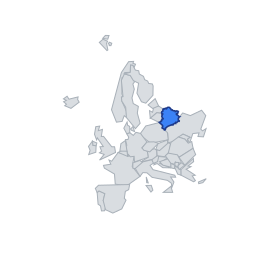 Belarus on a map of Europe (orthographic projection), rotated 324°
{"feature_id": "BLR", "entity_name": "Belarus", "entity_type": "country or territory", "adm_level": 0, "iso_a3": "BLR", "parent_name": "Europe", "parent_adm1": "", "projection": "orthographic", "projection_center": [28.129, 53.705], "detail": "fine", "context": "in_parent", "style": "filled", "palette": "blue", "viewbox_px": 256, "rotation_deg": 324, "n_neighbors": 37, "source": "natural_earth", "source_scale": "50m", "svg_char_len": 10491}
<svg xmlns="http://www.w3.org/2000/svg" viewBox="0 0 256 256"><g transform="rotate(324 128 128)"><path d="M155.1,41.9L159.9,41.5L162.5,45.8L160.4,46.9L157.6,53.0L156.5,53.0L155.1,41.9ZM171.6,80.8L168.2,82.8L168.7,80.1L167.0,78.6L162.6,84.3L157.9,81.2L155.5,84.6L152.9,83.7L143.1,96.8L142.4,99.7L140.8,99.2L138.8,102.6L136.5,114.2L132.9,118.5L132.2,115.8L127.1,119.2L122.1,116.5L125.4,103.5L155.3,79.2L167.5,74.7L171.7,77.4L170.0,78.5L171.6,80.8ZM167.0,42.0L163.8,44.3L160.3,40.6L164.1,39.8L167.0,42.0ZM164.7,49.9L162.6,51.3L161.2,50.3L161.9,49.4L161.6,48.2L163.3,47.6L164.7,49.9Z" fill="#d9dde1" stroke="#a8b0b8" stroke-width="1"/><path d="M105.7,142.0L116.3,154.5L108.8,161.6L109.3,174.2L92.9,174.0L84.7,165.9L90.0,157.3L85.3,146.6L86.2,143.8L92.8,147.2L93.8,142.8L95.3,145.3L105.7,142.0ZM111.0,183.2L114.0,178.3L112.1,184.3L111.0,183.2Z" fill="#d9dde1" stroke="#a8b0b8" stroke-width="1"/><path d="M132.9,118.5L138.3,109.9L138.8,102.6L140.8,99.2L142.4,99.7L150.7,85.5L156.9,82.1L160.7,86.9L160.7,94.4L157.8,95.3L155.9,100.3L148.9,106.0L146.6,111.3L149.1,116.6L144.3,121.4L140.6,131.3L133.6,132.9L132.9,118.5Z" fill="#d9dde1" stroke="#a8b0b8" stroke-width="1"/><path d="M186.6,174.1L190.8,174.4L183.8,179.5L179.6,176.0L182.6,173.7L177.2,170.6L169.0,176.4L169.5,171.9L172.7,171.9L168.9,165.3L158.8,166.6L151.6,163.4L156.9,155.9L156.1,151.2L158.7,150.1L173.5,152.5L174.3,149.6L181.1,148.0L185.7,154.6L198.0,156.9L198.2,163.7L186.2,171.7L186.6,174.1Z" fill="#d9dde1" stroke="#a8b0b8" stroke-width="1"/><path d="M156.6,142.0L157.1,146.9L155.6,147.6L157.2,154.8L153.6,161.2L137.4,153.6L134.2,142.7L134.9,139.7L143.6,136.8L156.6,142.0Z" fill="#d9dde1" stroke="#a8b0b8" stroke-width="1"/><path d="M138.1,163.0L134.7,168.2L130.9,168.5L117.9,162.8L127.1,163.5L129.9,158.4L137.2,160.2L138.1,163.0Z" fill="#d9dde1" stroke="#a8b0b8" stroke-width="1"/><path d="M151.6,163.4L153.1,165.7L148.0,171.5L140.8,172.8L135.3,167.6L138.1,163.0L151.6,163.4Z" fill="#d9dde1" stroke="#a8b0b8" stroke-width="1"/><path d="M163.5,164.9L168.9,165.3L172.7,171.9L169.5,171.9L167.8,175.7L167.5,170.5L163.5,164.9Z" fill="#d9dde1" stroke="#a8b0b8" stroke-width="1"/><path d="M167.8,175.7L171.6,176.4L168.7,182.7L152.7,181.7L145.8,172.0L154.3,164.9L163.5,164.9L167.5,170.5L167.8,175.7Z" fill="#d9dde1" stroke="#a8b0b8" stroke-width="1"/><path d="M163.8,135.5L161.5,140.7L156.6,142.0L151.8,133.1L160.3,132.4L163.8,135.5Z" fill="#d9dde1" stroke="#a8b0b8" stroke-width="1"/><path d="M165.7,128.2L167.6,133.3L163.8,135.5L160.3,132.4L151.8,133.1L155.6,126.6L157.1,129.7L161.3,126.1L165.7,128.2Z" fill="#d9dde1" stroke="#a8b0b8" stroke-width="1"/><path d="M167.2,120.2L165.7,128.2L159.4,126.7L157.8,121.1L167.2,120.2Z" fill="#d9dde1" stroke="#a8b0b8" stroke-width="1"/><path d="M134.9,139.7L135.1,150.5L127.6,152.3L129.9,158.4L127.1,163.5L113.3,159.3L116.3,154.5L113.0,152.7L112.6,148.7L114.5,142.1L116.9,141.3L119.1,135.9L121.2,137.3L123.2,135.8L123.6,132.0L126.7,132.8L127.9,137.1L131.9,136.2L134.9,139.7Z" fill="#d9dde1" stroke="#a8b0b8" stroke-width="1"/><path d="M151.9,180.0L152.7,181.7L168.7,182.7L167.1,189.3L152.1,191.4L151.9,180.0Z" fill="#d9dde1" stroke="#a8b0b8" stroke-width="1"/><path d="M161.5,215.0L156.4,216.2L152.5,214.6L153.2,213.1L161.5,215.0ZM146.2,192.8L163.0,191.0L161.3,193.8L154.2,194.0L156.2,196.3L150.8,195.5L154.6,205.7L151.8,204.5L151.6,210.2L149.5,210.1L143.1,197.2L146.2,192.8Z" fill="#d9dde1" stroke="#a8b0b8" stroke-width="1"/><path d="M146.2,192.8L143.1,197.2L141.1,194.5L143.1,185.2L146.2,192.8Z" fill="#d9dde1" stroke="#a8b0b8" stroke-width="1"/><path d="M136.1,169.1L143.1,175.2L132.9,175.3L139.3,185.5L132.8,180.5L130.7,173.9L127.3,173.0L136.1,169.1Z" fill="#d9dde1" stroke="#a8b0b8" stroke-width="1"/><path d="M118.6,161.2L119.6,165.7L110.9,166.2L108.3,163.3L111.4,159.1L118.6,161.2Z" fill="#d9dde1" stroke="#a8b0b8" stroke-width="1"/><path d="M111.9,148.7L112.2,151.3L111.0,150.7L111.9,148.7Z" fill="#d9dde1" stroke="#a8b0b8" stroke-width="1"/><path d="M113.6,146.2L111.0,150.7L105.7,142.0L111.7,142.8L113.6,146.2Z" fill="#d9dde1" stroke="#a8b0b8" stroke-width="1"/><path d="M118.4,136.6L113.6,146.2L107.8,141.9L113.1,136.5L118.4,136.6Z" fill="#d9dde1" stroke="#a8b0b8" stroke-width="1"/><path d="M65.1,162.1L67.5,161.8L70.7,167.5L65.3,172.1L64.3,178.1L60.4,181.2L57.8,179.5L60.0,174.8L59.0,172.1L65.1,162.1Z" fill="#d9dde1" stroke="#a8b0b8" stroke-width="1"/><path d="M61.8,180.9L65.3,172.1L70.7,167.5L67.5,161.8L65.1,162.1L66.1,157.6L70.5,157.0L96.1,174.7L92.3,178.3L88.6,177.7L83.7,182.7L84.0,185.2L75.4,189.8L65.7,187.9L61.8,180.9Z" fill="#d9dde1" stroke="#a8b0b8" stroke-width="1"/><path d="M91.8,123.6L87.7,128.7L80.6,126.4L84.2,123.8L85.2,119.7L91.5,117.7L89.5,121.5L91.8,123.6Z" fill="#d9dde1" stroke="#a8b0b8" stroke-width="1"/><path d="M120.2,164.2L128.7,167.7L128.4,171.4L123.9,171.2L123.7,176.4L138.1,193.7L137.6,195.8L133.7,192.7L133.4,198.7L128.8,201.7L130.6,198.0L129.1,193.5L118.5,182.1L117.0,175.4L113.8,172.8L109.3,174.2L110.1,165.0L120.2,164.2ZM118.7,200.8L128.4,200.4L126.3,206.3L118.7,200.8ZM108.8,185.1L113.1,188.1L111.6,192.9L108.9,193.3L108.8,185.1Z" fill="#d9dde1" stroke="#a8b0b8" stroke-width="1"/><path d="M126.7,132.8L123.6,132.0L124.5,125.7L130.8,122.6L129.3,125.6L130.3,127.7L126.7,132.8ZM133.0,129.7L131.2,134.7L129.5,131.9L129.6,130.3L133.0,129.7Z" fill="#d9dde1" stroke="#a8b0b8" stroke-width="1"/><path d="M91.8,123.6L89.5,121.5L91.5,117.7L94.0,121.8L91.8,123.6ZM97.1,128.5L97.4,118.0L95.6,119.2L97.2,113.4L102.7,108.0L106.2,109.8L102.4,112.7L106.5,114.1L101.4,119.2L103.3,120.4L103.8,133.6L106.1,135.3L103.5,140.5L86.1,137.2L93.2,135.3L90.3,131.3L93.0,131.3L94.3,126.7L97.1,128.5Z" fill="#d9dde1" stroke="#a8b0b8" stroke-width="1"/><path d="M105.9,73.5L104.0,75.3L103.7,78.4L93.4,78.6L89.9,72.8L92.2,72.6L91.3,68.9L94.4,69.4L92.9,66.5L97.4,66.5L97.2,70.0L105.9,73.5Z" fill="#d9dde1" stroke="#a8b0b8" stroke-width="1"/><path d="M128.7,167.7L135.3,167.6L136.1,169.1L132.1,172.6L127.8,171.6L128.7,167.7Z" fill="#d9dde1" stroke="#a8b0b8" stroke-width="1"/><path d="M168.7,80.1L168.0,85.5L170.3,88.0L168.9,91.0L170.9,95.3L169.9,98.7L171.5,101.6L170.9,104.1L173.6,106.7L173.0,108.8L167.4,116.2L157.0,118.4L154.3,114.7L155.7,105.1L162.9,98.0L160.2,92.9L160.7,86.9L156.9,82.1L162.6,84.3L167.0,78.6L168.7,80.1Z" fill="#d9dde1" stroke="#a8b0b8" stroke-width="1"/><path d="M153.0,160.9L151.0,163.8L140.2,164.8L138.0,161.6L142.9,158.2L153.0,160.9Z" fill="#d9dde1" stroke="#a8b0b8" stroke-width="1"/><path d="M135.1,150.5L140.8,154.4L143.7,158.3L131.6,160.1L127.7,155.3L127.6,152.3L135.1,150.5Z" fill="#d9dde1" stroke="#a8b0b8" stroke-width="1"/><path d="M139.7,184.9L134.4,178.6L133.7,173.8L142.9,176.6L142.6,181.7L139.7,184.9Z" fill="#d9dde1" stroke="#a8b0b8" stroke-width="1"/><path d="M150.6,187.4L152.1,191.4L145.0,191.7L145.8,188.0L150.6,187.4Z" fill="#d9dde1" stroke="#a8b0b8" stroke-width="1"/><path d="M141.9,172.4L145.8,172.0L152.2,178.7L151.1,186.9L148.3,187.5L146.4,183.3L144.6,184.9L141.9,181.8L141.9,172.4Z" fill="#d9dde1" stroke="#a8b0b8" stroke-width="1"/><path d="M144.0,185.7L141.7,188.2L139.3,185.5L141.9,181.8L144.0,185.7Z" fill="#d9dde1" stroke="#a8b0b8" stroke-width="1"/><path d="M145.2,188.7L144.0,185.7L145.9,183.5L149.0,185.9L145.2,188.7Z" fill="#d9dde1" stroke="#a8b0b8" stroke-width="1"/><path d="M176.4,149.3L175.9,149.3L175.3,149.3L175.0,149.6L174.9,149.5L174.7,149.5L174.1,150.0L173.9,150.2L173.7,150.5L173.5,151.0L173.4,151.4L173.5,151.7L173.6,151.9L173.7,152.2L173.7,152.4L173.6,152.5L173.3,152.7L173.0,152.5L172.9,152.2L172.7,152.0L172.5,151.9L172.3,151.9L171.9,152.0L171.4,152.1L171.0,152.1L170.8,152.2L170.5,152.3L170.4,152.2L170.2,151.9L170.1,151.6L170.0,151.4L169.9,151.4L169.7,151.5L169.3,151.7L169.1,151.9L169.0,152.2L168.9,152.1L168.7,151.7L168.2,151.6L167.9,151.6L167.6,151.5L167.4,151.6L167.2,151.7L166.8,151.5L166.7,151.8L166.5,152.0L166.4,152.0L166.4,151.9L166.4,151.6L166.2,151.5L165.8,151.5L165.6,151.5L165.4,151.5L165.4,151.4L165.1,150.9L164.9,150.8L164.6,150.9L164.2,150.8L163.7,150.7L163.4,150.6L163.2,150.5L162.9,150.4L162.1,150.2L161.8,150.1L161.3,150.1L160.5,150.0L160.0,150.0L159.8,150.1L159.5,150.1L159.1,150.2L158.9,150.1L158.6,150.2L158.3,150.2L158.2,150.3L158.0,150.6L157.6,151.0L157.3,151.2L157.2,151.3L157.0,151.1L156.8,151.0L156.6,151.0L156.4,151.0L156.3,151.4L156.3,151.5L156.2,151.1L156.2,150.7L156.3,150.5L156.4,150.3L156.4,150.0L156.5,149.7L156.6,149.4L156.4,149.2L156.2,149.0L156.1,148.9L155.8,148.7L155.5,148.5L155.5,148.4L155.6,148.2L155.8,147.8L156.1,147.5L156.3,147.4L157.2,147.0L157.3,146.8L157.4,146.6L157.4,146.4L157.4,146.0L157.4,145.5L157.3,145.2L157.2,144.5L156.8,143.2L156.6,141.8L156.8,141.9L157.2,142.0L157.5,141.9L157.9,142.0L158.1,141.9L158.3,141.9L158.4,142.0L158.6,142.2L159.0,142.0L159.3,141.8L159.6,141.9L159.8,141.3L159.9,141.2L160.3,141.3L160.5,141.2L160.9,140.8L161.1,140.8L161.3,140.7L161.4,140.8L161.5,141.0L161.4,141.2L161.5,141.3L161.8,141.3L162.0,141.2L162.0,140.8L161.9,140.7L161.7,140.6L161.6,140.4L161.7,140.0L161.9,139.7L162.0,139.6L162.0,139.3L162.0,139.0L162.1,138.6L162.3,138.2L162.6,138.1L162.9,138.1L163.0,137.9L163.1,137.7L163.2,137.4L163.3,137.4L164.0,137.4L164.1,137.1L164.3,137.0L164.4,136.9L164.2,136.7L163.8,136.7L163.7,136.6L163.9,136.2L164.0,135.8L164.0,135.5L164.1,135.3L164.5,135.2L164.9,134.7L165.1,134.7L165.7,134.8L165.9,134.8L166.0,134.8L166.3,134.8L166.4,134.4L166.5,134.2L167.0,133.7L167.3,133.5L167.5,133.4L167.5,133.5L167.8,133.8L168.1,133.7L168.5,133.6L168.6,133.8L168.7,134.0L168.9,134.2L169.0,134.2L169.3,134.0L169.5,133.9L170.1,134.1L170.3,134.2L170.3,134.3L170.3,134.5L170.2,134.9L170.4,135.1L170.5,135.2L170.9,135.0L171.0,134.9L171.3,134.8L171.4,134.6L171.5,134.6L171.8,134.6L172.2,134.6L172.7,134.8L173.0,135.1L173.2,135.3L173.3,135.4L173.5,135.5L173.7,135.8L173.8,136.3L173.7,136.4L173.6,136.6L173.6,136.8L173.7,137.0L173.9,137.3L174.0,137.5L173.7,138.1L173.6,138.4L173.6,138.6L174.1,139.1L174.4,139.2L174.5,139.3L174.3,139.8L174.6,140.0L174.7,140.3L174.8,140.6L175.1,141.0L175.6,141.3L176.0,141.5L176.1,142.0L176.1,142.3L176.0,142.5L176.6,142.5L177.1,142.6L177.7,142.9L177.7,143.0L177.7,143.3L177.7,143.5L178.3,143.8L178.3,144.1L178.3,144.3L178.2,144.3L177.8,144.6L177.7,144.8L177.3,145.1L177.1,145.3L176.9,145.3L176.4,145.3L176.2,145.1L175.9,144.9L175.7,144.9L175.3,145.0L175.2,145.2L175.1,145.5L175.1,145.8L175.2,146.0L175.4,146.3L175.7,146.5L175.8,146.7L175.8,146.8L175.7,146.9L175.7,147.2L175.9,147.5L175.8,148.0L175.9,148.5L176.1,148.7L176.2,148.8L176.3,149.2L176.4,149.3Z" fill="#3b82f6" stroke="#1e3a8a" stroke-width="1.5"/></g></svg>